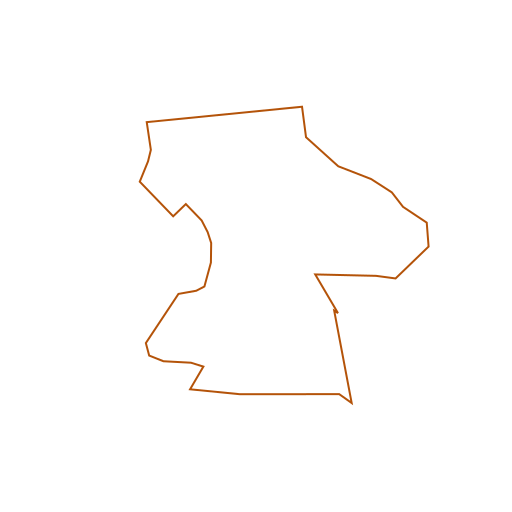 Suyeong-gu, Busan, South Korea, rotated 136°
{"feature_id": "91817680B55707549130569", "entity_name": "Suyeong-gu", "entity_type": "district", "adm_level": 2, "iso_a3": "KOR", "parent_name": "South Korea", "parent_adm1": "Busan", "projection": "natural_earth1", "projection_center": [129.113, 35.156], "detail": "fine", "context": "isolated", "style": "outline", "palette": "amber", "viewbox_px": 512, "rotation_deg": 136, "n_neighbors": 0, "source": "geoboundaries", "source_scale": "gbopen_adm2", "svg_char_len": 595}
<svg xmlns="http://www.w3.org/2000/svg" viewBox="0 0 512 512"><g transform="rotate(136 256 256)"><path d="M289.3,83.8L237.7,162.4L236.7,158.0L226.2,201.6L183.4,158.3L171.2,142.9L125.3,142.9L110.0,161.4L116.1,189.2L114.1,207.4L119.7,231.3L134.5,263.4L137.5,306.7L119.2,331.4L241.6,428.2L257.9,405.4L267.9,399.1L288.0,390.2L288.0,342.1L270.4,342.1L270.4,319.3L274.2,306.7L279.2,296.5L293.0,282.6L314.3,269.9L323.1,272.5L338.1,282.6L395.7,269.9L402.0,258.6L395.7,244.6L376.9,224.4L370.7,213.0L396.0,205.9L363.8,168.0L292.1,98.8L289.3,83.8Z" fill="none" stroke="#b45309" stroke-width="2"/></g></svg>